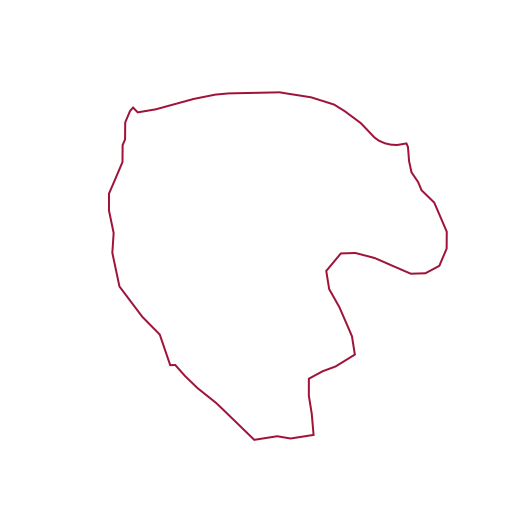 outline of Ichon, Kangwŏn-do, North Korea, rotated 113°
{"feature_id": "82179303B59888018028618", "entity_name": "Ichon", "entity_type": "district", "adm_level": 2, "iso_a3": "PRK", "parent_name": "North Korea", "parent_adm1": "Kangwŏn-do", "projection": "albers", "projection_center": [126.851, 38.503], "detail": "fine", "context": "isolated", "style": "outline", "palette": "rose", "viewbox_px": 512, "rotation_deg": 113, "n_neighbors": 0, "source": "geoboundaries", "source_scale": "gbopen_adm2", "svg_char_len": 993}
<svg xmlns="http://www.w3.org/2000/svg" viewBox="0 0 512 512"><g transform="rotate(113 256 256)"><path d="M390.0,292.3L387.9,287.7L394.2,274.5L400.5,258.1L406.9,235.1L413.2,218.6L425.9,185.8L413.6,166.0L410.5,152.9L398.2,133.1L379.5,143.0L363.9,152.8L348.3,159.4L335.9,149.5L326.6,139.6L308.1,126.5L292.4,136.3L283.0,146.1L270.5,159.3L257.9,175.7L242.3,185.5L220.5,178.9L214.4,165.7L211.5,146.0L211.7,126.2L211.8,113.1L211.8,106.5L205.7,93.3L193.4,83.4L174.7,83.4L159.1,89.9L143.4,106.3L137.2,112.8L130.8,129.3L124.5,135.8L118.2,145.6L108.8,152.2L96.3,158.7L93.6,161.5L98.7,169.5L100.8,175.3L101.9,181.4L101.8,188.2L100.5,193.6L92.8,211.3L88.0,231.0L86.1,243.2L88.4,267.3L94.4,291.2L96.1,298.2L117.0,344.7L123.4,356.6L135.9,374.9L160.1,405.5L170.0,421.0L167.4,427.1L171.6,428.6L184.1,428.6L199.8,422.1L206.0,422.1L221.7,415.6L240.4,415.6L256.0,415.7L271.6,409.1L290.5,396.0L309.2,389.5L337.4,369.8L356.4,336.9L365.9,313.9L390.0,292.3Z" fill="none" stroke="#9f1239" stroke-width="2"/></g></svg>